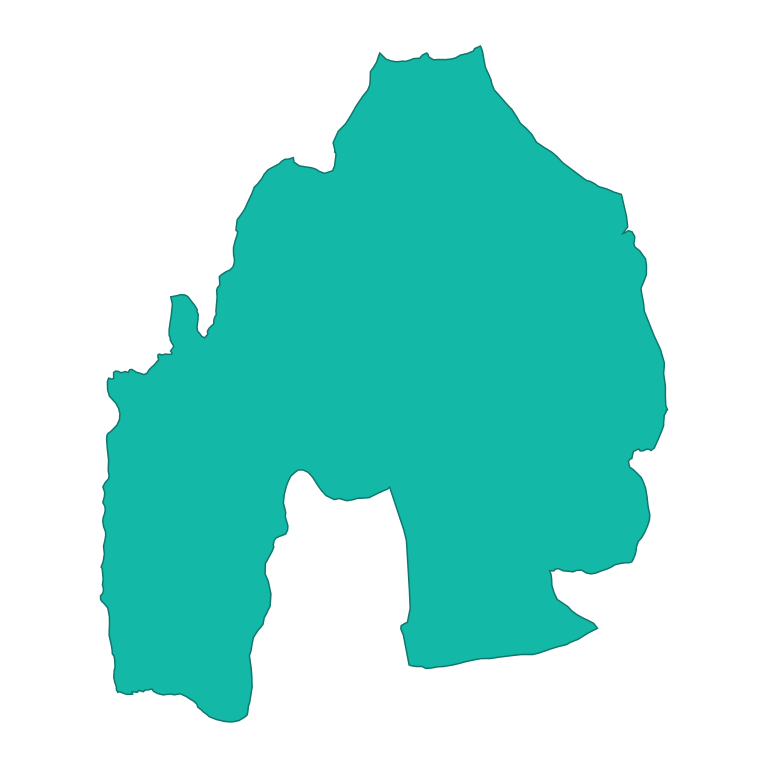 the district of Kasulu Township Authority, Kigoma, United Republic of Tanzania
{"feature_id": "72390352B60593007856017", "entity_name": "Kasulu Township Authority", "entity_type": "district", "adm_level": 2, "iso_a3": "TZA", "parent_name": "United Republic of Tanzania", "parent_adm1": "Kigoma", "projection": "robinson", "projection_center": [30.062, -4.582], "detail": "fine", "context": "isolated", "style": "filled", "palette": "teal", "viewbox_px": 768, "rotation_deg": 0, "n_neighbors": 0, "source": "geoboundaries", "source_scale": "gbopen_adm2", "svg_char_len": 6016}
<svg xmlns="http://www.w3.org/2000/svg" viewBox="0 0 768 768"><path d="M117.8,692.3L119.7,691.8L124.7,693.7L126.9,694.4L131.6,694.2L132.6,694.2L132.1,692.0L134.6,692.0L137.4,692.3L138.7,690.5L141.3,691.1L143.4,691.7L145.0,690.1L148.8,689.8L151.9,689.0L153.6,691.4L156.8,693.1L159.6,694.1L163.5,694.9L166.8,694.4L170.2,694.0L174.2,694.8L177.5,694.3L180.3,693.8L186.7,696.7L189.6,698.8L193.7,701.2L196.8,704.0L197.8,707.2L200.9,709.5L203.3,711.9L207.1,714.6L209.1,716.6L216.4,719.5L225.1,721.5L230.1,721.9L233.8,721.7L239.1,720.5L245.0,716.9L247.1,715.0L247.8,712.0L248.3,706.6L249.6,702.7L252.1,687.2L251.8,676.8L251.2,668.3L249.4,655.7L251.1,650.5L251.9,644.7L253.4,637.6L255.8,633.7L258.5,629.7L260.6,627.4L263.1,624.1L264.2,617.7L266.5,613.6L268.2,609.9L270.1,606.2L270.9,593.8L268.2,581.1L265.1,574.0L265.3,563.8L268.6,557.7L271.8,551.9L273.8,547.1L273.2,544.9L274.1,540.8L275.7,538.2L279.6,536.3L283.0,535.1L285.7,534.0L287.6,530.0L287.9,525.8L285.3,516.8L285.7,512.7L284.7,508.0L283.4,503.3L283.8,498.2L284.4,493.8L285.9,487.9L286.7,485.2L288.2,481.4L290.6,476.4L294.8,472.5L298.3,470.0L303.3,470.0L308.2,472.4L312.6,477.2L317.2,484.5L321.5,490.6L326.1,495.6L334.3,499.6L339.2,498.5L346.8,500.7L352.9,499.7L357.7,498.3L362.9,498.1L369.2,497.6L377.4,493.5L381.8,491.5L384.1,490.4L386.9,489.4L389.7,487.2L403.8,529.9L406.4,540.3L408.1,568.0L409.0,583.7L409.4,590.1L410.2,608.3L407.4,622.4L405.0,623.3L401.2,625.7L400.8,628.7L403.5,635.6L409.1,665.0L411.7,665.8L416.4,666.5L422.1,666.5L425.8,668.4L431.7,668.0L437.5,666.8L442.9,666.6L452.6,665.0L458.6,663.6L466.3,661.5L473.0,660.1L480.8,658.6L490.2,658.5L499.4,657.1L512.4,655.5L521.6,654.5L532.8,654.5L538.7,653.1L550.8,648.9L558.2,646.6L566.6,644.6L570.3,642.4L578.2,639.2L588.7,632.7L597.5,628.3L593.6,623.3L589.0,620.9L582.6,617.8L576.8,614.6L571.9,611.0L567.8,606.6L557.2,599.4L554.1,592.9L551.9,585.4L551.6,578.7L551.0,574.3L549.7,570.7L553.9,570.9L555.2,569.2L558.4,568.6L563.2,570.8L568.7,571.3L573.0,571.8L576.3,570.5L581.5,570.1L586.2,572.9L591.0,573.9L595.8,573.1L600.5,571.2L607.6,568.8L611.5,566.9L615.1,564.7L620.3,563.5L624.6,562.8L629.1,562.8L631.9,561.7L633.5,558.7L635.1,554.7L636.3,549.7L636.2,547.8L638.3,541.5L641.9,537.3L645.1,531.6L647.6,525.6L649.4,520.3L649.8,514.7L648.4,508.1L647.8,504.3L647.1,497.3L645.6,488.2L643.4,482.1L641.3,477.6L637.4,473.6L633.0,469.4L629.7,467.2L628.4,461.5L630.2,458.9L631.8,458.6L632.7,454.4L633.5,451.4L636.1,450.2L638.6,448.9L640.2,451.0L643.4,450.7L646.4,449.3L649.1,449.3L651.0,450.5L654.3,448.0L657.9,440.1L661.9,430.4L663.7,425.4L663.6,423.3L664.2,416.4L664.0,415.8L666.1,412.0L665.9,411.2L667.5,409.9L665.8,405.6L665.4,397.0L665.4,385.9L663.6,373.4L664.2,367.3L664.3,362.7L660.4,349.3L654.2,336.0L644.3,311.1L643.6,303.5L641.5,292.4L641.0,288.1L644.0,281.1L646.4,274.6L646.5,265.6L645.5,258.9L639.8,250.9L634.9,247.0L633.8,243.7L634.5,240.3L634.7,236.4L632.0,231.8L628.2,230.7L625.0,232.8L622.8,233.6L627.7,226.9L626.5,216.4L621.4,194.4L613.9,192.1L607.2,189.1L598.4,186.5L594.7,183.8L589.8,181.2L586.9,180.7L583.7,178.5L562.7,162.7L557.0,156.6L551.4,151.9L543.7,147.2L536.5,142.3L531.8,134.4L526.3,128.5L520.4,123.4L517.1,117.6L512.0,109.6L507.9,105.4L499.1,95.3L494.2,89.9L492.0,84.4L490.9,79.7L488.7,74.4L487.2,71.3L485.5,67.5L484.1,60.9L483.2,55.3L482.2,50.3L480.5,46.1L479.9,46.3L474.6,48.6L473.6,50.9L467.7,53.4L463.0,54.5L460.3,55.2L455.6,57.9L451.3,59.0L445.7,59.6L438.8,59.5L433.5,59.8L428.9,57.0L428.0,54.3L426.6,53.0L422.7,54.9L420.7,56.9L419.9,58.2L413.5,58.6L410.2,60.0L405.8,61.3L402.1,61.2L396.5,61.8L391.3,61.0L386.0,59.1L379.8,53.0L378.5,56.3L376.7,62.0L373.7,67.0L370.4,71.7L370.2,79.5L369.8,84.9L367.6,90.3L363.0,95.9L356.0,106.3L350.6,115.9L345.6,123.8L338.1,131.5L333.1,142.7L334.9,150.2L334.7,152.1L335.4,152.2L336.0,154.6L334.6,165.9L332.6,170.7L325.1,173.2L323.5,173.0L319.3,171.4L315.9,169.2L311.3,167.7L306.8,167.1L299.5,165.9L294.0,162.1L293.3,157.6L293.0,157.7L288.4,159.2L285.1,159.2L281.6,161.3L279.2,163.8L275.7,165.7L271.8,167.7L267.8,170.0L264.1,174.4L261.9,178.5L257.8,183.7L254.3,187.2L251.8,193.7L247.9,202.0L244.6,209.3L241.8,213.5L239.0,217.4L237.2,219.7L236.1,228.0L236.0,230.5L237.7,231.5L237.1,235.0L235.2,240.7L233.5,247.6L233.5,251.2L233.6,255.0L234.4,258.7L234.4,262.3L233.0,266.8L230.2,269.8L225.7,271.9L221.5,274.7L219.3,276.6L219.6,280.7L219.8,285.0L217.5,287.7L216.7,290.2L217.1,297.4L216.3,306.6L215.9,311.1L216.3,314.5L214.6,317.5L213.8,320.3L213.8,323.7L209.4,327.9L207.5,331.0L207.7,334.4L204.6,337.9L201.7,336.3L199.8,333.7L197.6,331.1L197.0,327.0L198.0,319.3L198.2,314.0L197.1,312.1L197.2,309.6L194.8,305.5L190.8,300.5L187.8,296.5L184.6,294.9L180.5,294.7L176.3,295.8L170.7,296.8L172.4,304.1L171.2,315.9L170.2,321.9L169.1,329.8L169.2,335.8L170.2,337.5L170.3,340.2L173.3,345.5L173.7,346.8L172.2,348.8L170.5,351.0L172.0,352.9L171.4,354.2L168.4,354.4L165.6,354.0L162.0,355.0L159.6,354.1L158.1,354.6L157.9,356.7L158.6,359.9L156.7,361.8L154.8,364.4L151.6,367.2L149.0,369.9L147.1,373.1L143.9,374.6L139.7,373.1L136.3,372.2L133.3,370.3L131.6,369.4L129.6,369.8L128.1,372.6L125.4,371.5L121.1,372.8L118.1,371.3L115.5,371.1L113.6,372.5L113.6,376.4L113.7,378.3L111.8,379.2L108.7,378.1L107.4,381.7L107.6,389.9L109.4,396.1L115.8,403.2L118.6,408.3L119.6,412.5L119.7,412.8L119.9,413.7L119.5,419.5L116.9,425.2L113.1,429.1L110.6,431.6L108.2,433.3L107.0,435.3L106.6,439.5L107.4,449.6L108.6,460.1L108.2,470.6L109.1,475.9L108.6,478.7L105.3,482.4L102.9,486.8L103.8,489.8L104.7,492.0L104.4,496.5L102.8,502.5L105.0,506.6L105.2,510.6L104.4,514.2L103.2,517.4L102.8,521.9L103.6,526.6L105.5,531.7L105.7,535.5L104.9,540.4L103.5,546.3L104.4,553.7L103.2,561.6L101.1,567.0L102.2,568.6L102.8,575.2L103.2,579.3L102.4,584.9L103.3,588.0L103.4,591.1L102.6,593.5L100.5,595.8L100.6,599.3L101.8,601.4L104.5,603.9L107.8,608.0L109.4,616.6L109.5,623.3L109.1,635.3L111.4,645.5L112.2,650.7L112.3,653.7L114.1,656.4L114.6,659.5L114.9,663.9L115.1,666.8L114.1,671.0L113.8,677.7L114.9,682.6L116.3,686.4L116.5,690.1L117.8,692.0L117.8,692.3Z" fill="#14b8a6" stroke="#0f766e" stroke-width="1.5"/></svg>